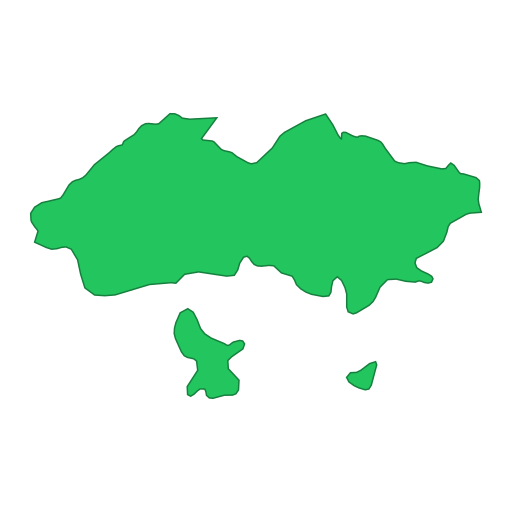 outline of Ferghana
{"feature_id": "UZB-364", "entity_name": "Ferghana", "entity_type": "Region", "adm_level": 1, "iso_a3": "UZB", "parent_name": "Uzbekistan", "parent_adm1": "", "projection": "orthographic", "projection_center": [71.33, 40.325], "detail": "fine", "context": "isolated", "style": "filled", "palette": "green", "viewbox_px": 512, "rotation_deg": 0, "n_neighbors": 0, "source": "natural_earth", "source_scale": "10m", "svg_char_len": 3078}
<svg xmlns="http://www.w3.org/2000/svg" viewBox="0 0 512 512"><path d="M430.1,275.3L431.7,276.3L433.0,278.8L431.5,282.2L428.1,283.1L424.3,282.5L421.4,281.3L419.5,280.9L418.1,281.1L415.3,282.1L405.8,281.3L396.3,279.1L387.5,279.6L380.0,287.2L375.6,297.3L373.0,301.6L369.1,305.3L356.4,312.9L353.1,313.9L348.2,311.8L346.7,307.0L346.7,294.0L345.0,287.6L341.6,280.5L337.3,276.8L332.9,280.7L331.5,286.8L330.9,292.3L328.8,295.9L322.9,296.5L311.5,294.3L306.0,292.1L300.8,288.9L296.5,284.7L294.5,280.0L292.2,276.2L281.4,272.9L273.8,265.8L269.0,265.4L261.4,266.2L257.4,265.9L254.1,264.4L251.6,261.5L249.5,258.2L247.0,256.2L243.6,257.2L239.8,263.0L237.7,270.0L234.3,275.3L226.6,276.1L198.6,271.9L184.6,274.3L175.9,283.2L170.9,282.7L149.5,284.5L115.1,294.9L104.7,295.7L94.6,295.0L84.9,287.9L80.7,274.4L77.6,259.8L71.3,249.2L66.0,246.9L61.4,247.4L56.9,248.7L51.6,249.2L46.6,247.6L34.6,242.2L38.0,231.2L37.3,229.9L35.3,227.4L34.8,226.9L34.9,227.0L31.8,222.3L31.4,221.4L31.0,219.9L30.7,213.3L34.6,207.2L41.8,202.7L58.3,198.9L60.7,198.0L63.1,194.9L69.0,185.0L72.3,181.8L75.6,180.3L79.2,179.4L82.8,177.7L85.9,175.1L94.4,164.7L109.1,152.8L112.7,149.5L116.1,146.8L118.2,145.8L122.1,145.0L122.9,143.7L123.3,142.3L124.2,141.0L127.9,138.6L134.1,134.7L136.7,131.8L138.9,128.5L141.6,125.7L145.6,123.7L148.9,123.5L155.5,124.2L158.7,123.8L170.0,113.7L174.8,113.8L178.6,115.4L180.5,116.7L182.1,118.1L189.7,119.2L216.8,117.8L201.5,138.6L202.8,140.0L212.2,141.0L214.0,141.9L220.8,149.0L222.5,150.1L225.0,150.9L229.4,151.8L232.1,152.8L236.9,156.7L247.8,162.7L251.2,163.8L256.7,162.7L272.4,147.9L279.9,136.3L284.6,132.3L305.8,120.7L325.6,114.0L332.8,124.8L338.0,134.9L340.4,138.3L341.4,138.9L341.8,133.3L343.3,132.3L345.8,132.4L352.3,135.7L355.4,136.9L357.8,137.1L359.0,136.2L361.6,135.8L365.5,136.1L378.0,140.4L380.7,141.9L382.7,144.2L384.9,147.9L394.6,161.0L396.5,162.0L398.8,162.8L404.5,163.7L409.3,162.7L416.1,162.3L427.3,165.9L441.8,168.9L445.9,168.5L448.5,165.2L450.8,163.0L454.2,165.4L459.0,172.3L460.7,173.7L463.5,173.9L476.0,177.6L479.4,180.6L479.6,182.2L479.7,183.9L479.6,187.7L478.8,193.6L478.2,199.2L478.8,203.6L480.9,210.8L481.3,212.3L470.3,213.1L466.3,214.2L450.4,223.2L448.2,226.5L446.8,232.4L443.4,241.2L437.1,247.6L416.3,258.4L415.0,262.9L416.7,267.6L421.3,270.9L428.3,274.1L430.1,275.3ZM187.8,308.7L193.2,312.2L197.2,319.9L200.5,328.5L204.7,333.8L211.2,338.1L224.7,343.8L225.6,344.5L226.5,345.1L228.3,345.4L229.5,344.9L232.2,342.8L233.5,342.0L239.7,340.4L242.7,341.0L244.6,343.9L242.9,348.9L231.7,356.7L227.8,360.6L228.3,368.7L239.0,380.2L238.5,390.0L235.9,393.8L232.5,395.1L224.4,395.2L212.9,398.3L209.3,397.9L206.5,395.3L205.9,391.8L204.8,389.1L200.2,388.9L197.5,390.8L194.1,394.1L190.7,396.2L187.6,394.6L187.2,386.6L197.7,370.3L196.6,361.1L193.8,358.8L187.4,357.4L184.2,355.7L181.4,351.8L175.5,338.6L174.2,333.5L174.5,328.2L175.9,322.7L180.2,312.8L187.8,308.7ZM375.6,361.7L376.7,364.9L371.3,385.1L368.9,389.0L365.2,389.8L358.9,387.9L354.2,385.7L349.0,382.0L346.6,377.4L350.5,372.7L356.6,372.4L360.8,370.3L369.6,363.6L375.6,361.7Z" fill="#22c55e" stroke="#15803d" stroke-width="1.5"/></svg>